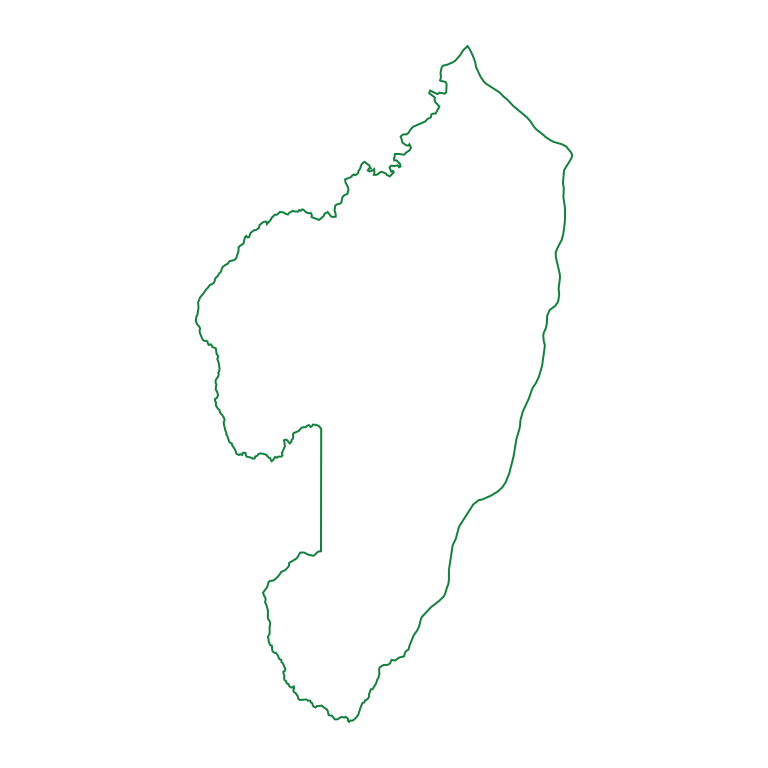 Conceição do Araguaia, Pará, Brazil (Natural Earth projection)
{"feature_id": "56859067B33954079822227", "entity_name": "Conceição do Araguaia", "entity_type": "district", "adm_level": 2, "iso_a3": "BRA", "parent_name": "Brazil", "parent_adm1": "Pará", "projection": "natural_earth1", "projection_center": [-49.589, -8.207], "detail": "fine", "context": "isolated", "style": "outline", "palette": "green", "viewbox_px": 768, "rotation_deg": 0, "n_neighbors": 0, "source": "geoboundaries", "source_scale": "gbopen_adm2", "svg_char_len": 6082}
<svg xmlns="http://www.w3.org/2000/svg" viewBox="0 0 768 768"><path d="M480.4,76.5L476.2,67.4L475.1,61.9L472.8,55.6L469.9,49.6L467.5,46.1L463.0,50.5L460.4,54.9L455.4,60.5L453.0,62.2L446.8,64.9L443.1,65.6L441.7,67.3L440.6,72.3L440.9,78.0L440.0,80.3L441.4,81.2L443.3,81.3L445.7,82.1L446.6,84.1L446.2,92.3L444.9,93.6L439.6,92.7L437.5,94.1L430.1,90.6L429.2,93.2L434.8,97.5L434.6,100.3L435.4,102.2L439.4,106.5L435.7,113.5L432.8,113.7L431.4,114.4L430.8,117.3L427.4,119.1L425.2,121.5L413.0,126.8L410.2,130.0L408.4,133.0L406.8,134.3L402.9,134.5L400.6,136.6L401.5,138.7L402.3,142.5L406.3,145.4L408.3,145.6L409.4,144.2L411.0,147.7L409.3,150.5L406.0,152.7L404.1,154.7L398.6,153.9L394.9,154.1L394.7,156.6L394.0,158.3L394.2,160.4L396.6,160.4L400.0,164.0L400.5,166.5L399.0,167.2L397.7,165.3L394.7,166.0L391.0,165.7L389.5,167.6L391.3,171.6L392.9,170.9L393.8,172.3L389.9,176.4L387.0,175.0L385.5,173.3L381.6,171.8L379.9,172.3L378.6,173.8L376.2,174.9L373.8,174.8L374.4,172.9L374.2,169.2L372.9,170.4L369.6,171.4L367.8,170.4L369.2,168.3L370.7,168.3L369.2,165.4L364.4,161.8L362.0,163.7L360.8,166.2L360.1,168.8L358.5,170.8L358.4,172.4L357.2,174.1L355.2,175.2L354.0,174.4L352.1,175.5L351.4,176.9L345.1,179.4L345.6,182.7L348.1,187.5L348.4,190.0L347.5,193.8L344.1,195.3L342.5,197.1L341.2,202.9L339.2,203.9L336.7,204.4L335.3,205.6L334.5,210.4L335.7,214.0L335.7,216.7L332.9,217.0L331.2,216.6L327.7,212.1L324.7,213.6L323.6,216.1L319.1,219.9L311.5,217.1L311.8,215.3L311.0,213.2L308.2,213.1L306.4,212.5L303.3,209.6L301.7,209.6L300.8,210.8L299.2,210.1L298.2,211.6L294.3,211.4L292.5,210.8L291.4,211.8L289.5,212.6L287.9,214.5L285.4,213.8L283.8,212.5L279.7,211.9L278.2,213.7L276.5,214.8L274.5,214.7L273.1,216.6L271.6,217.7L270.9,219.6L266.9,224.0L266.4,221.7L264.8,221.6L263.1,222.2L259.7,224.9L258.7,228.2L255.6,230.2L254.1,230.2L250.6,232.9L249.0,237.2L247.3,237.3L246.2,235.9L244.9,237.4L243.5,243.5L240.1,245.8L238.6,247.3L238.5,251.3L236.1,258.3L235.0,259.5L233.5,260.3L229.5,261.2L227.5,264.0L225.5,264.8L222.5,267.1L220.7,272.1L219.5,273.0L217.5,276.4L215.9,277.6L214.9,279.2L214.7,281.1L213.8,282.7L212.6,283.8L209.4,285.4L208.3,287.3L205.8,289.8L203.4,293.5L200.1,297.4L198.1,302.5L198.5,307.6L197.4,315.0L196.3,316.8L195.8,320.7L197.1,324.2L199.4,326.8L200.1,328.7L199.6,330.8L199.8,332.8L202.7,339.7L204.4,340.9L206.1,340.8L207.4,341.4L207.8,343.3L208.7,344.9L210.7,344.3L211.9,345.6L212.5,347.1L215.8,348.4L216.7,354.3L217.8,355.4L218.1,357.1L217.3,358.9L218.6,362.6L219.6,368.6L219.2,371.0L218.3,372.7L218.6,374.4L218.3,376.2L216.1,379.4L215.6,381.0L215.6,382.9L216.4,384.4L215.7,388.2L215.9,390.0L217.0,391.4L218.0,394.9L217.5,396.7L216.6,398.1L215.1,398.9L215.0,400.8L215.9,402.2L216.0,405.7L218.1,408.9L219.6,410.3L219.9,412.2L221.0,413.9L222.2,415.0L224.0,417.9L224.6,420.1L223.8,421.9L223.8,423.9L225.4,430.7L226.3,432.3L226.3,434.4L227.2,435.8L229.3,441.8L230.4,443.0L231.8,443.5L232.1,445.2L235.2,449.9L236.4,453.6L238.7,455.0L240.3,454.3L242.1,454.9L242.6,453.0L244.0,452.7L245.5,452.9L245.7,454.9L246.7,456.7L251.1,457.6L252.8,458.7L254.6,458.4L255.3,456.5L257.1,455.8L258.3,454.3L260.0,453.4L263.2,453.8L266.3,454.8L268.7,457.6L270.1,458.0L270.8,459.9L271.7,461.2L273.1,460.0L275.2,456.9L277.0,457.7L278.4,456.6L281.5,456.6L282.5,455.0L281.8,453.2L284.9,446.4L284.1,440.2L285.8,439.6L287.2,440.3L289.7,443.4L291.2,442.0L291.6,440.0L292.8,438.8L293.4,436.9L292.9,434.9L293.5,433.2L298.7,431.0L301.1,428.1L302.6,427.3L305.7,427.2L306.9,425.8L308.9,425.1L310.7,427.0L312.0,426.1L312.8,424.7L315.2,424.7L318.8,425.9L321.2,428.9L321.0,551.3L318.9,551.4L316.8,552.6L315.4,554.4L313.4,555.8L308.3,554.6L303.9,552.5L300.1,552.6L297.9,556.7L296.4,558.6L289.2,562.8L289.0,565.2L288.4,566.8L285.1,570.2L281.4,571.8L278.9,575.5L274.4,580.0L272.9,580.6L270.0,580.9L268.6,582.1L267.2,587.0L263.0,592.7L264.1,595.8L265.2,597.1L265.6,599.3L265.1,602.3L266.8,606.2L267.9,610.2L267.9,618.6L269.7,621.4L270.3,623.9L269.6,627.1L269.6,633.9L267.9,637.0L268.5,638.8L268.6,641.2L270.3,645.3L271.9,645.7L272.2,650.4L273.1,651.8L274.5,652.8L276.0,652.9L278.2,656.0L278.6,657.7L279.6,659.2L281.1,659.8L281.6,662.1L282.9,663.4L285.4,669.1L284.7,671.1L283.3,671.8L283.6,673.8L284.4,675.6L284.1,678.6L284.7,680.2L286.3,681.5L286.7,683.4L288.3,683.9L289.2,686.1L290.6,687.2L292.1,687.6L293.7,686.4L294.1,688.5L293.3,690.4L294.0,692.3L295.5,692.9L297.7,696.2L298.4,698.9L299.8,700.0L305.4,699.5L306.9,699.7L308.1,700.7L310.3,700.6L310.7,702.4L312.1,703.1L313.3,706.4L315.6,707.5L316.8,706.2L321.8,705.6L324.8,708.2L326.4,709.0L327.7,710.9L328.7,715.1L332.0,715.8L334.8,719.3L337.6,719.3L340.8,717.2L342.2,717.0L344.1,717.6L345.7,716.8L348.2,719.1L347.8,720.7L349.1,721.9L350.4,720.5L352.2,720.7L354.5,719.3L358.0,715.4L361.0,706.3L362.5,703.0L364.4,702.3L365.1,700.3L366.6,699.8L368.1,698.4L369.0,696.7L368.9,694.7L370.8,689.3L372.5,689.2L376.1,683.4L377.4,679.3L378.4,677.9L379.4,673.8L379.1,669.1L379.9,667.2L383.7,664.9L387.0,665.0L388.6,664.4L390.3,663.1L390.7,661.3L391.8,659.8L394.8,660.6L399.4,657.5L404.0,656.4L405.0,652.8L405.9,651.3L408.5,649.5L409.6,645.4L413.8,635.1L417.1,630.6L419.1,626.5L420.9,619.1L421.9,616.9L431.1,607.1L439.1,600.9L443.6,596.7L445.4,593.1L447.0,587.3L448.2,584.6L448.9,580.2L448.9,570.1L452.7,545.2L455.8,538.8L458.7,527.9L459.8,525.4L473.3,504.4L478.9,500.0L481.4,499.8L491.1,495.6L498.1,491.3L502.3,487.3L505.5,482.6L509.3,473.2L513.6,456.3L516.4,439.1L519.4,428.9L520.1,425.4L520.4,420.3L522.9,411.3L528.9,398.4L531.8,389.9L533.3,386.8L535.7,383.5L539.0,376.5L542.1,365.8L544.9,345.5L543.8,341.2L543.2,335.5L543.9,332.5L545.9,328.0L546.8,323.6L547.2,315.6L549.7,310.0L555.2,305.9L557.6,302.5L558.3,300.7L559.2,294.4L558.6,288.6L560.0,277.6L559.7,273.8L555.8,256.9L555.7,252.4L557.7,247.5L561.8,239.7L563.3,233.7L564.2,227.6L564.9,220.6L565.1,208.8L563.4,197.3L563.8,187.9L562.9,183.1L564.1,170.2L571.4,158.3L572.2,155.3L571.2,152.7L566.2,146.5L561.5,144.1L553.9,142.0L550.7,140.4L545.3,136.8L543.5,135.0L536.4,129.5L534.1,126.9L530.4,121.3L527.2,117.6L513.3,106.0L506.9,99.2L503.7,96.7L499.4,92.3L486.3,83.9L483.9,81.7L480.4,76.5Z" fill="none" stroke="#15803d" stroke-width="2"/></svg>